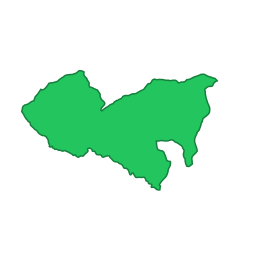 the district of Dungmin, Pemagatsel, Bhutan, rotated 165°
{"feature_id": "84629894B90871610259656", "entity_name": "Dungmin", "entity_type": "district", "adm_level": 2, "iso_a3": "BTN", "parent_name": "Bhutan", "parent_adm1": "Pemagatsel", "projection": "albers", "projection_center": [91.278, 26.981], "detail": "fine", "context": "isolated", "style": "filled", "palette": "green", "viewbox_px": 256, "rotation_deg": 165, "n_neighbors": 0, "source": "geoboundaries", "source_scale": "gbopen_adm2", "svg_char_len": 5891}
<svg xmlns="http://www.w3.org/2000/svg" viewBox="0 0 256 256"><g transform="rotate(165 128 128)"><path d="M75.1,76.6L74.3,82.0L73.5,83.6L72.2,84.6L69.1,86.3L67.3,87.6L66.9,89.0L66.9,91.4L67.3,96.2L66.9,98.9L66.1,100.8L63.8,103.8L63.2,104.4L62.7,105.0L62.7,105.5L62.0,106.2L60.2,107.2L59.3,108.3L56.7,112.1L56.3,113.2L54.6,115.0L53.3,117.4L52.7,117.9L48.8,119.6L47.0,120.5L46.0,121.3L45.2,122.2L44.5,124.0L43.9,126.0L44.1,128.8L44.6,131.8L44.8,137.0L44.5,141.1L44.2,142.2L43.9,142.9L44.0,143.6L44.0,145.1L43.7,145.5L41.3,146.8L39.7,147.3L36.3,146.6L35.2,147.0L34.1,148.7L32.8,149.5L31.8,150.0L30.9,150.3L29.6,150.5L30.6,152.4L31.2,153.4L32.2,154.0L32.7,154.2L33.6,154.8L34.6,155.6L36.8,156.9L38.4,158.1L38.6,158.4L40.3,160.0L41.4,160.5L44.1,160.9L45.4,160.5L47.3,160.4L47.8,160.3L49.9,160.2L50.7,160.1L51.8,160.1L52.6,159.8L55.0,159.3L55.4,159.1L58.1,159.3L58.6,159.5L59.5,158.9L61.1,158.1L62.5,158.0L63.4,158.3L64.4,158.6L65.4,158.6L66.2,158.4L66.8,158.4L67.3,158.5L67.7,158.9L68.0,159.3L68.5,160.3L69.4,161.5L70.5,162.1L71.5,162.3L72.5,162.5L72.9,162.6L74.7,162.7L75.6,163.0L76.6,163.7L77.1,163.7L78.3,164.2L79.3,164.4L79.7,164.5L81.1,165.4L82.0,165.8L84.9,166.7L87.6,167.2L88.5,167.5L89.5,168.3L90.4,168.3L91.2,168.2L92.0,168.0L92.5,167.6L93.0,166.9L94.1,165.9L94.4,165.6L94.8,165.3L95.6,165.3L96.7,165.5L97.4,165.4L97.7,165.2L99.2,164.0L100.5,163.1L102.7,161.3L104.2,160.9L104.7,160.9L106.8,160.5L109.8,159.7L111.3,159.2L112.3,159.3L112.7,159.4L113.1,159.4L113.8,159.6L115.1,159.8L116.9,159.6L117.7,159.4L119.4,159.2L120.7,159.7L121.6,159.9L123.0,160.1L123.9,160.0L124.3,159.9L125.0,159.6L126.1,158.7L126.5,158.4L127.1,158.2L129.3,157.9L129.8,157.8L130.4,157.5L131.0,157.4L131.8,157.5L132.3,157.4L132.9,157.1L134.3,156.8L134.6,156.6L135.2,156.1L135.6,155.6L135.9,155.4L137.3,155.4L138.0,155.2L139.1,155.1L142.4,153.7L143.8,153.5L144.8,153.2L145.1,152.9L145.8,152.6L147.4,152.1L147.7,151.9L148.3,151.3L149.0,151.4L149.3,151.8L149.5,152.3L149.5,152.7L148.1,154.4L146.2,155.7L144.7,156.6L144.0,157.9L144.3,159.3L145.8,161.7L146.5,163.2L146.7,165.3L146.9,165.8L146.2,167.6L146.5,169.2L147.3,171.0L147.4,171.9L147.6,172.5L148.6,173.1L152.1,176.2L152.7,176.6L154.4,177.6L154.6,178.8L154.6,179.3L154.6,179.8L153.8,181.3L154.4,183.6L154.8,184.3L154.9,184.6L154.9,185.7L155.1,186.8L155.9,188.1L156.7,189.7L156.8,191.4L156.7,191.8L156.6,192.2L156.2,192.7L156.0,193.6L156.9,194.4L158.3,195.3L160.2,196.0L161.1,195.7L162.0,195.3L163.0,194.7L164.4,194.3L166.1,194.4L167.3,194.0L171.7,194.9L174.7,195.1L175.2,194.9L176.1,194.6L177.7,193.8L178.5,193.8L179.4,193.5L179.9,193.2L182.2,192.4L183.4,191.5L184.8,191.3L188.5,191.2L189.7,191.3L191.5,191.7L192.8,191.6L194.5,190.1L196.1,188.8L198.9,187.1L201.3,187.0L202.2,187.9L206.5,184.1L209.4,182.3L211.1,180.0L211.7,178.8L214.4,178.5L216.6,177.7L218.3,177.0L221.7,176.9L223.6,176.2L224.6,174.9L226.4,171.3L225.3,168.3L225.1,167.0L224.2,163.5L223.5,162.4L223.0,161.4L223.0,160.8L222.5,160.0L221.8,159.2L221.5,158.9L221.3,158.5L221.4,156.1L221.0,155.2L219.2,152.4L218.8,151.5L218.2,150.6L217.4,149.7L216.8,149.2L216.5,148.7L216.4,147.9L215.4,145.6L214.5,144.7L213.2,143.3L212.7,142.9L212.0,142.7L210.9,142.3L209.7,141.1L209.2,140.4L209.0,140.0L208.8,139.0L208.2,137.2L208.3,136.3L208.5,135.4L208.5,134.6L208.5,133.6L208.2,131.7L208.4,131.2L208.8,130.6L208.6,130.2L208.2,129.9L207.8,129.7L207.4,129.7L206.6,130.0L206.1,130.0L205.8,129.7L205.8,129.3L206.0,128.8L206.0,128.4L205.7,128.1L204.9,127.7L204.4,126.6L204.1,126.3L203.6,126.2L203.2,126.2L202.0,125.7L201.7,125.4L201.1,124.7L200.7,124.5L199.5,124.1L199.0,123.9L197.6,122.8L197.1,122.6L196.3,122.5L195.4,122.6L195.0,122.6L194.6,122.4L193.7,121.5L192.6,120.8L192.3,120.6L191.4,119.6L190.3,118.7L189.6,117.9L188.6,117.0L188.1,115.8L187.7,115.6L187.2,115.6L185.9,115.7L185.6,115.5L185.5,114.6L185.3,114.1L185.0,113.8L184.3,113.2L184.1,112.9L183.7,112.7L182.8,112.7L182.0,113.0L181.2,113.2L180.3,113.1L178.8,112.5L178.1,112.7L177.0,113.5L175.9,114.2L173.9,115.1L172.8,115.8L172.6,116.2L172.5,117.9L172.3,118.3L172.0,118.6L171.5,118.7L170.7,118.5L169.9,118.3L169.2,117.7L168.9,117.3L168.5,116.5L168.4,116.1L168.5,115.2L168.3,114.8L167.9,114.6L167.1,114.4L166.3,114.1L166.0,113.7L165.9,113.3L165.8,112.4L165.6,111.6L165.0,110.4L163.5,109.8L162.2,109.5L161.8,109.4L160.9,108.4L160.7,108.0L160.6,107.1L160.3,106.8L160.0,106.5L159.6,106.2L159.2,106.2L156.1,106.5L155.2,106.4L153.9,106.2L153.4,105.9L153.2,105.0L152.9,104.0L151.8,102.2L151.0,100.6L150.4,99.7L149.5,98.9L147.5,98.1L146.8,97.8L146.4,97.2L146.0,96.4L145.4,95.8L143.9,94.8L143.3,93.9L143.0,93.3L142.8,92.7L142.5,90.8L141.9,90.1L140.4,89.6L139.7,89.1L139.1,88.4L138.3,86.2L138.4,84.6L138.2,82.9L138.1,82.5L137.9,82.2L137.3,82.1L136.8,82.4L136.3,82.8L135.7,83.5L135.3,83.5L134.9,83.3L134.7,82.9L133.8,79.6L133.5,78.7L132.9,78.1L132.1,77.9L129.5,77.4L127.7,76.7L127.0,76.6L126.1,76.6L125.6,76.4L125.0,76.1L124.3,74.6L124.3,73.5L124.2,72.5L124.0,72.1L122.7,71.2L122.5,70.8L122.5,69.3L122.5,69.0L121.8,68.6L121.1,68.3L120.5,68.0L120.1,67.6L119.8,67.2L119.7,66.8L120.8,65.2L120.7,64.6L119.8,64.4L118.1,63.9L117.6,63.5L117.4,62.8L116.4,61.6L116.2,61.1L115.8,60.9L115.2,60.7L114.7,60.3L114.2,60.1L113.2,60.0L112.9,60.9L112.5,62.0L111.9,63.0L111.7,63.7L111.9,63.9L112.4,64.3L112.5,64.7L112.1,65.3L111.4,66.1L110.4,66.8L109.7,67.6L107.2,69.2L105.1,70.4L104.1,71.1L103.4,71.7L102.1,73.3L101.2,74.5L99.9,77.3L99.1,78.5L98.2,79.3L96.9,81.0L96.5,81.8L95.7,84.0L96.0,84.9L97.4,85.3L98.9,86.7L99.1,91.6L99.5,93.7L99.6,95.3L100.7,97.0L102.1,97.5L103.6,98.6L104.6,99.4L105.0,101.0L104.8,103.7L104.0,108.0L101.7,107.5L99.0,107.3L95.6,105.9L92.6,105.2L89.9,105.4L89.0,105.2L88.5,105.1L87.2,104.1L86.5,102.7L84.6,101.2L83.1,99.6L82.0,98.2L80.9,97.1L80.4,95.6L80.3,94.2L79.6,91.8L80.5,89.9L81.4,88.2L81.6,85.7L80.9,83.1L81.4,81.0L81.5,78.5L81.1,75.9L80.1,75.4L79.5,75.2L79.0,75.1L78.4,75.2L77.8,75.4L75.1,76.6Z" fill="#22c55e" stroke="#15803d" stroke-width="1.5"/></g></svg>